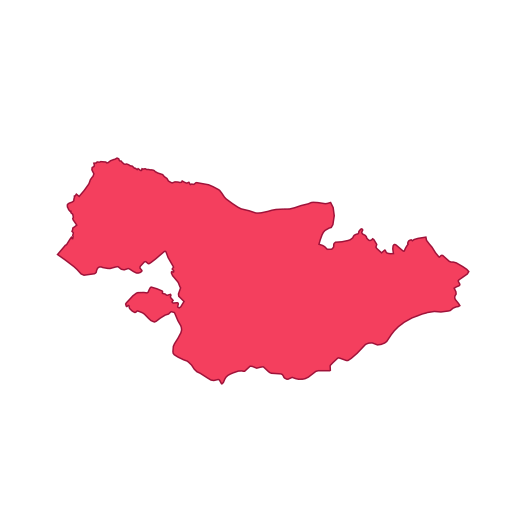 the district of Nam Dan, Nghệ An, Vietnam, rotated 134°
{"feature_id": "81297802B54877143810300", "entity_name": "Nam Dan", "entity_type": "district", "adm_level": 2, "iso_a3": "VNM", "parent_name": "Vietnam", "parent_adm1": "Nghệ An", "projection": "robinson", "projection_center": [105.532, 18.674], "detail": "fine", "context": "isolated", "style": "filled", "palette": "rose", "viewbox_px": 512, "rotation_deg": 134, "n_neighbors": 0, "source": "geoboundaries", "source_scale": "gbopen_adm2", "svg_char_len": 6140}
<svg xmlns="http://www.w3.org/2000/svg" viewBox="0 0 512 512"><g transform="rotate(134 256 256)"><path d="M119.4,92.1L119.2,95.1L120.0,99.8L121.8,107.1L123.2,109.7L124.9,111.5L125.6,113.4L125.9,122.0L126.4,122.8L127.1,123.2L129.4,123.3L129.6,123.9L129.0,129.1L127.4,135.5L127.0,139.7L126.3,144.2L124.4,146.9L130.8,151.7L134.3,153.7L136.4,154.1L136.5,155.5L137.6,156.2L139.0,156.6L140.0,156.4L140.8,156.1L141.6,155.5L141.8,154.8L144.5,154.4L146.8,153.8L149.4,152.8L150.0,153.1L150.3,154.3L150.8,163.0L151.3,164.2L152.0,164.6L153.5,164.4L155.9,162.5L158.8,158.8L161.0,160.9L162.3,162.7L162.9,163.9L162.9,165.0L162.1,167.0L162.3,167.5L166.5,167.9L166.7,174.4L166.3,175.9L163.8,177.2L162.4,182.4L162.4,183.3L162.7,184.1L163.1,183.9L164.0,184.0L165.3,184.5L166.1,185.3L166.3,186.0L166.3,188.5L165.5,190.0L165.3,191.5L165.4,192.1L166.1,194.4L166.0,195.2L165.7,196.2L165.2,196.6L163.3,197.2L162.9,197.8L163.0,198.7L163.4,199.1L164.3,199.3L166.8,199.1L168.1,198.2L168.9,198.0L170.0,198.4L170.5,198.9L172.7,199.7L174.1,199.6L175.7,199.0L178.9,199.5L181.0,200.6L186.1,204.1L190.9,208.4L192.7,208.5L193.5,208.2L195.6,206.4L197.4,206.2L198.6,206.3L201.7,209.4L201.6,213.0L202.1,215.3L203.8,218.9L199.6,221.1L194.9,223.2L192.1,224.0L189.6,224.1L185.1,222.8L183.2,221.7L180.0,222.5L172.7,227.7L167.6,234.1L165.7,239.5L168.5,241.1L170.2,242.4L174.6,248.6L177.6,252.1L179.2,253.4L182.1,254.6L188.4,258.6L194.6,261.8L199.0,264.6L203.8,269.4L208.6,273.9L212.1,276.4L215.6,278.4L221.4,282.3L223.9,284.5L225.2,286.0L228.2,292.3L232.4,299.4L233.5,303.0L234.7,309.5L235.7,317.0L235.6,319.6L234.6,324.2L234.1,327.5L234.2,328.8L236.0,335.1L237.7,339.6L244.4,349.6L245.0,350.1L247.6,350.4L249.1,352.4L250.2,352.8L250.2,353.4L249.7,354.9L249.6,355.5L251.7,356.4L252.6,358.5L253.3,361.2L253.9,361.0L254.9,360.9L256.3,362.2L257.0,363.5L259.0,365.8L261.6,367.0L262.2,368.2L262.9,371.1L262.1,373.9L262.6,377.1L262.3,379.7L264.7,384.7L264.9,385.9L265.3,386.7L265.3,388.6L265.6,389.4L266.4,390.7L267.5,391.9L268.7,393.8L269.6,394.5L270.2,396.3L272.0,397.7L272.4,398.6L273.9,397.8L274.2,397.9L274.6,398.3L274.8,398.9L274.8,399.7L275.1,401.5L276.4,401.5L276.7,403.8L277.3,404.4L277.3,407.4L278.5,409.2L278.8,411.0L279.7,413.0L280.8,413.7L281.5,414.7L281.6,417.4L281.4,419.0L282.1,419.8L282.2,420.3L282.1,420.9L281.5,422.1L281.5,422.5L282.1,424.0L284.5,424.7L285.3,425.3L288.5,426.8L291.8,427.3L292.8,428.2L292.7,429.3L296.0,433.3L297.0,433.6L297.4,433.9L298.7,435.6L300.1,435.6L301.9,437.1L302.5,436.0L303.8,434.8L304.2,434.7L306.0,435.3L306.4,435.2L307.0,434.6L307.5,434.4L308.2,433.5L309.5,429.7L312.2,428.5L313.1,428.6L316.2,428.1L319.7,426.5L320.8,426.2L328.3,425.1L336.0,424.6L336.3,428.2L338.3,427.8L339.0,428.3L340.2,427.2L341.6,426.5L342.7,425.5L343.4,425.4L345.2,425.8L347.1,426.8L348.8,427.4L350.4,427.2L351.0,426.4L351.7,425.8L352.3,424.0L352.8,423.0L353.0,420.8L352.4,420.3L353.4,419.2L353.3,416.8L355.0,414.3L356.3,413.9L357.0,412.7L358.3,406.4L361.4,406.8L362.7,407.2L363.2,407.1L364.6,406.1L366.1,405.5L366.1,404.2L366.3,403.4L367.4,402.7L368.4,402.3L369.0,401.2L370.8,399.9L371.2,400.2L370.8,401.8L373.1,401.5L379.6,400.1L380.6,400.6L392.8,399.8L391.4,390.6L390.1,379.5L390.0,375.2L390.4,369.4L389.3,366.4L381.0,359.9L379.9,359.6L378.8,359.6L377.0,360.7L375.1,361.4L374.1,361.4L372.8,361.1L371.4,359.8L370.8,358.3L367.9,354.0L366.4,352.3L361.5,349.4L360.1,348.4L359.5,347.8L359.1,343.7L357.5,341.2L353.9,339.3L353.6,338.9L353.2,338.0L352.3,333.4L351.3,330.2L350.0,328.8L348.4,327.9L347.0,327.6L345.9,327.7L345.6,328.4L345.3,331.1L344.3,331.9L343.5,332.1L337.9,332.2L337.1,331.8L336.6,331.3L336.4,328.4L336.2,327.9L335.6,327.5L333.4,327.0L328.1,326.2L316.6,325.1L315.9,324.8L315.6,324.4L315.6,323.5L318.2,318.1L321.1,308.0L321.4,307.5L323.2,307.4L323.7,307.0L323.7,305.3L323.9,304.7L324.8,304.2L325.2,304.5L325.7,305.7L326.2,305.7L327.0,305.0L328.1,302.3L328.9,294.5L329.2,293.2L331.0,289.3L331.3,288.1L337.2,285.4L338.6,283.6L338.7,276.2L344.9,274.8L346.7,275.2L347.1,276.9L346.6,277.4L344.5,278.5L344.1,279.1L344.1,279.8L344.3,280.2L347.3,282.8L347.5,283.5L347.5,284.3L347.2,284.6L345.5,284.8L345.2,288.5L344.9,289.2L343.5,289.8L343.1,290.4L343.0,290.9L346.0,292.6L346.3,293.1L346.5,295.0L347.6,296.8L347.8,297.5L346.7,298.3L346.4,298.7L346.4,299.3L348.4,304.5L351.1,309.7L351.7,310.0L352.3,310.0L354.2,309.5L357.2,308.4L358.4,308.9L360.1,311.3L364.4,315.5L365.7,316.2L370.1,316.9L379.8,316.7L381.1,316.4L382.2,314.5L382.1,313.8L380.4,313.6L380.1,313.3L380.2,312.5L381.3,311.1L381.6,309.8L381.6,306.8L380.9,304.1L380.1,303.4L378.9,303.4L378.0,303.2L377.4,302.3L375.7,298.2L375.3,295.9L375.5,289.7L375.4,286.7L374.6,284.5L374.0,283.2L372.4,282.5L367.1,281.7L361.6,280.3L358.5,278.6L355.7,278.5L354.8,278.2L353.4,275.5L353.6,274.7L356.8,267.2L358.4,261.7L359.3,260.0L360.9,258.1L363.4,256.7L369.3,255.0L375.6,253.7L378.4,252.7L382.4,249.4L383.5,248.0L383.8,246.2L382.9,241.9L381.0,236.1L379.4,232.5L379.2,230.8L379.2,226.6L380.3,221.8L380.3,218.1L379.1,214.6L377.4,206.1L376.5,202.2L374.9,199.9L371.1,197.4L370.7,196.7L370.7,195.8L371.8,192.3L371.7,191.7L369.7,191.6L366.3,192.9L364.1,193.4L361.5,193.3L359.1,192.6L356.2,191.4L351.1,188.8L348.5,186.4L347.7,185.0L346.8,184.1L339.5,183.7L339.1,183.4L338.0,182.0L336.2,177.6L332.8,175.5L330.8,174.0L330.6,173.4L330.5,166.5L330.2,164.8L329.6,163.4L323.5,156.2L323.0,154.8L323.2,153.4L323.9,151.5L323.9,150.5L323.2,148.3L322.4,147.4L318.2,145.7L316.6,142.2L315.1,139.8L312.2,136.9L310.2,135.5L306.8,134.2L297.4,132.8L295.2,131.5L287.3,123.3L286.6,123.1L283.6,126.3L283.0,126.6L279.2,126.6L273.1,126.3L272.0,126.0L271.3,124.8L268.4,118.4L267.9,117.8L267.1,117.2L263.5,116.4L255.8,115.7L243.7,115.8L242.4,115.4L240.4,114.4L237.8,112.1L235.6,106.9L232.7,104.6L229.2,103.0L226.7,102.6L218.5,104.1L213.6,104.6L207.9,104.5L200.7,103.4L192.2,100.8L182.0,96.0L178.6,93.9L177.8,93.6L172.0,89.2L167.8,84.1L161.9,79.4L160.3,78.4L156.6,78.0L153.6,76.7L151.9,75.4L150.1,74.9L149.5,77.2L148.9,82.1L148.3,83.7L147.6,84.4L146.6,85.1L144.4,85.6L142.9,87.3L141.5,91.1L138.9,90.4L136.5,89.3L135.3,89.3L134.7,89.8L133.8,92.7L133.2,93.4L131.9,93.4L122.2,91.5L119.4,92.1Z" fill="#f43f5e" stroke="#9f1239" stroke-width="1.5"/></g></svg>